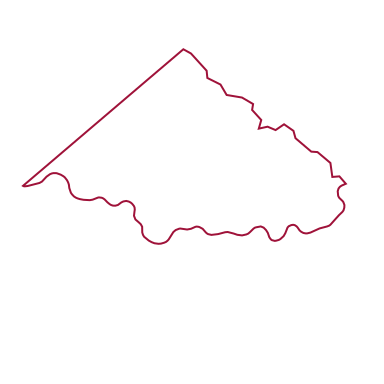 the district of Holt, Missouri, United States of America, rotated 319°
{"feature_id": "52423323B48032696511614", "entity_name": "Holt", "entity_type": "district", "adm_level": 2, "iso_a3": "USA", "parent_name": "United States of America", "parent_adm1": "Missouri", "projection": "equal_earth", "projection_center": [-95.272, 40.063], "detail": "fine", "context": "isolated", "style": "outline", "palette": "rose", "viewbox_px": 384, "rotation_deg": 319, "n_neighbors": 0, "source": "geoboundaries", "source_scale": "gbopen_adm2", "svg_char_len": 2092}
<svg xmlns="http://www.w3.org/2000/svg" viewBox="0 0 384 384"><g transform="rotate(319 192 192)"><path d="M69.5,78.0L71.8,79.6L82.8,85.1L85.6,85.7L92.3,85.0L96.6,85.4L98.5,86.1L99.9,86.9L102.2,89.0L104.3,92.8L105.3,95.8L105.6,97.5L105.4,101.1L104.8,103.5L103.9,105.7L102.0,108.5L100.1,113.1L99.9,115.0L100.0,117.9L100.6,120.0L101.4,121.7L102.7,123.8L105.0,126.7L109.5,131.1L112.0,132.6L117.3,134.5L118.2,135.0L120.1,137.1L120.8,138.6L121.2,140.4L121.4,144.3L121.9,147.2L122.4,148.7L123.4,150.4L125.1,152.0L127.6,153.2L131.8,153.5L134.0,154.1L136.5,155.6L138.0,157.7L138.8,159.7L139.1,161.6L139.0,164.3L138.5,166.0L137.2,167.8L135.9,168.9L132.6,171.9L131.3,175.6L131.9,179.8L132.2,182.7L131.6,185.5L129.5,188.0L127.9,189.9L126.9,192.2L126.5,194.3L127.5,200.3L128.6,203.3L130.0,206.0L132.7,209.1L134.7,210.6L137.7,212.0L139.6,212.6L141.5,212.7L143.3,212.5L151.6,210.0L154.7,210.0L158.3,211.3L159.2,211.9L163.7,217.1L167.1,219.1L171.7,220.5L172.9,221.2L174.2,222.7L174.7,223.6L175.9,226.8L175.9,228.1L175.9,231.7L176.2,233.5L176.5,234.3L178.5,237.1L184.1,240.9L190.6,244.1L192.7,245.6L196.2,250.7L198.1,254.0L201.3,257.6L205.2,259.7L207.2,260.3L209.7,260.3L214.4,260.0L216.1,260.2L217.2,260.7L221.3,263.1L222.7,265.9L222.9,269.3L222.4,272.6L220.7,276.8L220.5,278.5L220.5,280.0L220.7,280.7L222.4,283.2L223.5,283.9L226.0,285.1L227.8,285.5L232.2,285.4L235.4,284.3L240.8,281.5L242.5,281.3L245.2,282.1L246.8,283.1L247.8,284.4L248.4,286.6L248.4,288.1L248.0,291.6L248.3,293.6L249.2,296.0L250.7,297.9L251.8,298.8L254.7,300.3L264.4,303.2L271.3,306.6L273.5,307.4L275.0,307.5L287.7,305.9L292.3,305.7L294.2,305.3L296.7,303.7L298.5,301.8L299.6,298.9L299.7,297.6L299.3,293.1L299.6,291.4L300.0,290.5L302.5,287.0L304.9,285.5L307.0,285.1L309.0,285.3L313.5,286.7L313.5,276.9L307.8,272.7L315.5,260.9L312.9,244.2L308.5,239.8L305.4,219.3L308.7,212.4L305.9,201.3L295.7,200.1L291.9,192.3L284.0,188.0L291.5,183.1L291.2,169.5L295.8,165.7L291.7,153.5L281.8,141.5L284.0,129.6L278.4,116.0L282.6,110.1L282.1,86.8L279.1,78.6L231.6,78.1L68.5,76.5L68.7,77.1L69.5,78.0Z" fill="none" stroke="#9f1239" stroke-width="2"/></g></svg>